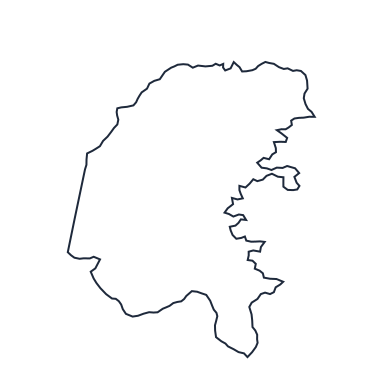 outline of Torrinha, São Paulo, Brazil, rotated 285°
{"feature_id": "56859067B22113080966075", "entity_name": "Torrinha", "entity_type": "district", "adm_level": 2, "iso_a3": "BRA", "parent_name": "Brazil", "parent_adm1": "São Paulo", "projection": "albers", "projection_center": [-48.163, -22.448], "detail": "fine", "context": "isolated", "style": "outline", "palette": "slate", "viewbox_px": 384, "rotation_deg": 285, "n_neighbors": 0, "source": "geoboundaries", "source_scale": "gbopen_adm2", "svg_char_len": 2896}
<svg xmlns="http://www.w3.org/2000/svg" viewBox="0 0 384 384"><g transform="rotate(285 192 192)"><path d="M101.7,87.6L99.6,91.5L98.1,95.4L98.4,100.7L99.9,104.5L101.4,110.5L104.0,113.8L103.1,120.6L93.2,118.4L88.8,114.8L83.0,119.4L79.4,123.2L75.4,128.4L71.1,135.5L68.4,142.3L69.1,146.0L67.6,149.6L65.0,152.7L60.9,155.5L57.2,159.7L56.3,166.9L58.5,171.9L61.9,176.7L64.8,181.7L65.6,186.0L66.9,189.9L71.7,194.0L73.9,196.9L76.2,199.8L79.9,202.7L82.0,206.3L83.6,209.9L86.6,212.1L90.1,213.4L96.2,217.5L97.0,222.8L96.6,227.4L96.3,232.4L91.7,237.7L87.1,241.1L84.0,243.5L81.6,246.9L78.6,248.6L73.6,248.7L69.2,248.7L64.1,250.2L58.0,252.8L55.4,259.0L54.3,263.5L52.2,266.7L50.9,273.0L49.4,278.4L49.6,284.0L46.9,288.3L52.8,291.5L58.8,293.8L63.3,294.4L66.6,293.0L71.0,291.9L74.6,289.0L77.2,285.4L83.5,283.4L89.2,281.2L95.8,277.1L100.6,278.3L105.6,282.9L111.2,284.9L113.7,288.6L113.6,293.8L116.4,297.0L121.6,297.5L125.5,301.2L128.9,303.3L129.8,296.1L128.4,289.8L127.9,283.6L131.8,281.5L133.5,277.7L134.2,272.5L139.1,272.2L141.3,268.2L140.7,263.4L145.4,263.2L149.0,262.2L151.4,266.3L152.0,273.2L156.7,272.8L162.6,275.1L161.9,270.4L160.6,266.4L159.3,262.0L159.1,257.0L162.7,254.6L160.4,251.5L158.3,246.9L161.0,242.3L164.9,239.3L168.2,237.5L170.8,242.7L174.2,244.9L178.2,246.3L179.0,251.5L182.9,247.4L182.4,243.1L179.0,238.3L180.3,233.4L180.5,228.8L185.5,230.7L190.9,234.8L196.6,232.1L196.6,237.9L199.0,242.7L202.9,239.5L206.1,237.3L210.2,236.2L210.2,242.5L215.0,245.5L220.2,247.9L219.4,252.3L222.3,257.2L226.9,259.8L230.3,264.5L229.0,271.0L229.9,276.5L225.6,277.6L220.8,278.9L218.8,283.9L220.0,289.2L221.7,293.0L225.7,294.2L228.0,290.7L233.1,287.0L238.0,290.6L241.6,285.4L241.7,277.1L238.7,273.3L237.5,267.6L233.8,263.0L234.2,258.2L233.5,252.9L237.2,247.4L240.3,250.1L243.5,252.3L243.6,258.0L249.1,259.8L252.2,262.8L256.1,261.6L261.4,258.2L263.4,264.4L264.6,269.6L268.9,269.9L271.7,263.4L273.7,258.0L275.8,262.2L276.8,266.2L279.3,268.6L282.6,271.1L286.6,269.3L289.5,271.9L291.3,276.1L292.7,280.6L295.0,285.7L296.4,291.0L300.3,286.8L302.3,282.5L306.3,278.9L311.5,275.7L316.2,275.2L321.7,276.9L329.4,274.3L334.3,271.3L337.1,265.9L336.7,261.6L335.1,258.2L336.2,252.4L334.6,248.8L335.1,243.7L337.0,237.9L336.6,233.2L336.6,229.2L333.8,226.1L330.8,223.3L327.5,221.6L325.3,218.8L322.7,213.3L321.4,209.2L324.9,205.6L326.4,202.3L328.3,198.7L321.4,197.3L318.0,192.6L320.3,189.8L323.8,189.0L321.4,186.0L322.0,181.7L319.2,179.0L316.8,172.5L315.7,165.1L312.3,160.6L314.0,155.1L313.2,150.5L311.2,145.2L308.8,142.5L306.7,139.7L301.1,134.7L292.6,131.7L289.6,126.8L285.7,122.8L280.2,121.8L275.2,117.6L271.6,116.4L267.9,115.4L264.2,114.8L260.5,113.0L257.5,107.3L255.4,101.7L253.5,98.2L249.8,98.5L246.5,99.9L242.8,102.1L237.9,102.4L233.7,100.1L229.2,98.4L223.6,96.1L218.4,92.9L212.4,91.2L208.7,87.8L206.0,85.2L202.1,80.7L196.1,81.7L190.9,83.0L186.2,82.8L135.3,85.6L101.7,87.6Z" fill="none" stroke="#1e293b" stroke-width="2"/></g></svg>